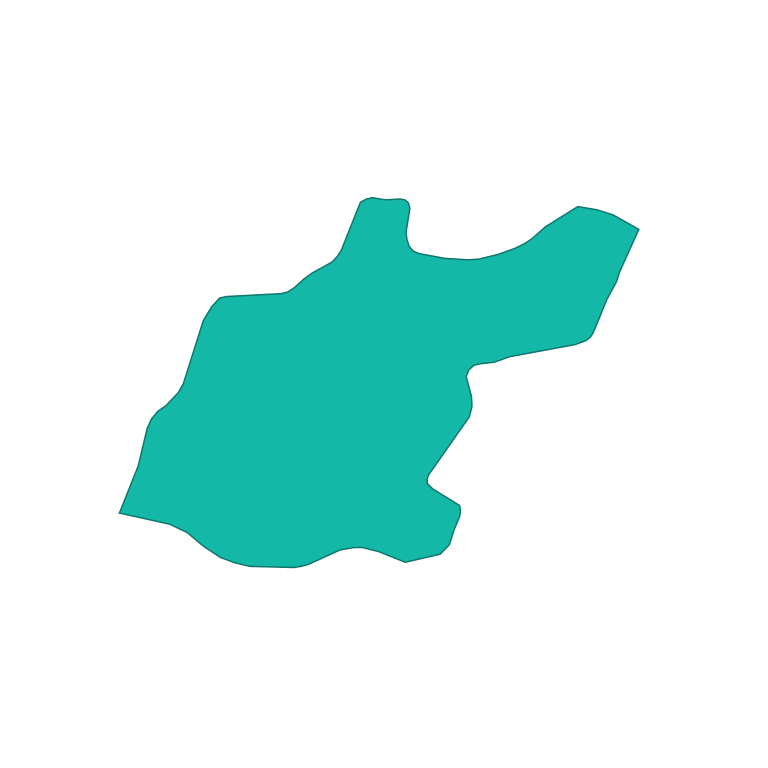 the National Capital Area of Nairobi, rotated 339°
{"feature_id": "KEN-1196", "entity_name": "Nairobi", "entity_type": "National Capital Area", "adm_level": 1, "iso_a3": "KEN", "parent_name": "Kenya", "parent_adm1": "", "projection": "mercator", "projection_center": [36.917, -1.278], "detail": "fine", "context": "isolated", "style": "filled", "palette": "teal", "viewbox_px": 768, "rotation_deg": 339, "n_neighbors": 0, "source": "natural_earth", "source_scale": "10m", "svg_char_len": 1214}
<svg xmlns="http://www.w3.org/2000/svg" viewBox="0 0 768 768"><g transform="rotate(339 384 384)"><path d="M677.3,331.0L644.5,363.4L637.5,372.0L622.5,384.8L598.3,410.5L593.5,414.2L588.3,415.8L576.7,415.7L511.0,403.5L494.8,403.2L481.5,399.7L474.7,398.7L468.4,401.2L463.4,406.4L461.2,427.1L458.0,436.7L451.8,445.3L392.8,485.0L390.0,488.5L388.8,492.8L392.0,499.5L411.0,524.5L410.2,529.3L407.2,534.8L397.6,544.8L387.4,557.5L375.4,563.0L339.9,558.0L318.8,538.4L305.2,528.9L297.1,525.8L283.3,523.2L248.3,525.3L241.1,524.5L234.3,523.1L193.7,506.3L180.7,497.5L169.1,487.3L157.1,470.4L147.1,452.3L133.7,438.1L90.7,409.7L125.2,372.4L146.9,340.7L154.3,333.4L163.1,328.4L172.9,326.0L188.9,318.3L196.7,311.9L237.9,260.2L250.8,250.1L261.3,244.9L268.3,245.9L320.4,262.8L327.4,263.6L335.2,261.8L347.1,257.2L357.0,254.6L379.2,251.5L386.2,248.1L392.0,243.9L427.0,206.0L433.8,205.0L440.2,206.0L449.6,211.6L452.6,213.0L465.2,217.0L469.5,219.6L471.7,223.7L471.1,229.3L458.8,250.5L457.2,257.4L456.8,264.4L459.0,270.6L463.8,275.0L485.6,288.4L507.2,298.3L517.0,301.3L536.5,303.9L554.9,304.3L565.8,303.3L574.5,301.3L591.1,295.1L628.5,287.8L645.3,297.7L658.3,308.1L677.3,331.0Z" fill="#14b8a6" stroke="#0f766e" stroke-width="1.5"/></g></svg>